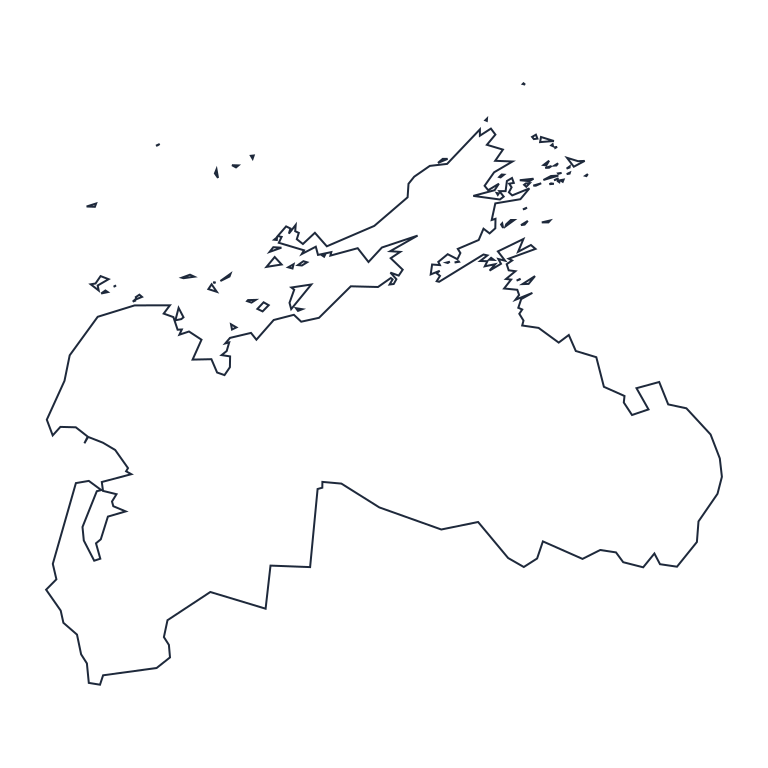 the district of Helgafellssveit, Vesturland, Iceland
{"feature_id": "244011B42475995928988", "entity_name": "Helgafellssveit", "entity_type": "district", "adm_level": 2, "iso_a3": "ISL", "parent_name": "Iceland", "parent_adm1": "Vesturland", "projection": "orthographic", "projection_center": [-22.792, 64.982], "detail": "fine", "context": "isolated", "style": "outline", "palette": "slate", "viewbox_px": 768, "rotation_deg": 0, "n_neighbors": 0, "source": "geoboundaries", "source_scale": "gbopen_adm2", "svg_char_len": 6149}
<svg xmlns="http://www.w3.org/2000/svg" viewBox="0 0 768 768"><path d="M84.4,443.3L88.1,436.9L102.9,442.7L115.2,450.0L128.0,468.1L126.1,471.3L131.3,474.2L101.8,482.0L103.0,490.9L116.5,494.2L112.0,501.5L113.3,506.2L125.7,511.4L107.9,516.6L100.8,539.3L96.0,543.3L100.3,558.7L94.2,560.7L83.8,540.5L82.5,527.0L96.8,491.2L101.3,490.1L88.8,480.9L75.9,483.1L52.8,563.9L56.4,579.3L46.1,589.7L60.7,610.6L63.4,622.8L77.0,634.6L81.1,654.3L86.9,663.4L88.8,682.9L100.0,684.7L103.1,675.3L156.6,668.0L170.0,657.4L168.9,644.9L163.9,637.1L167.5,620.2L210.3,592.0L265.6,608.7L270.5,565.6L310.1,567.1L317.6,489.0L322.3,487.7L322.4,481.9L341.4,483.6L379.3,507.4L441.3,529.5L478.1,522.0L508.1,558.0L523.8,567.0L537.1,558.5L542.9,541.4L582.5,558.9L600.2,550.0L616.0,552.4L623.2,562.2L643.2,567.3L654.4,553.5L660.0,564.2L677.0,566.7L696.9,542.0L698.5,521.4L717.5,493.8L721.9,476.8L719.8,458.4L710.6,434.5L686.4,408.3L668.2,404.4L659.2,382.0L636.5,388.2L648.5,409.4L632.0,415.0L623.8,402.5L624.5,396.0L603.9,386.8L596.3,357.2L575.8,351.0L568.8,335.0L558.7,342.6L538.6,327.9L522.2,325.5L523.5,320.6L519.3,313.8L522.2,309.5L518.3,307.8L521.2,299.1L532.4,292.9L515.4,299.8L519.1,295.0L517.3,289.8L504.1,288.5L511.1,279.6L506.0,279.0L515.4,271.2L508.7,270.3L506.7,264.2L512.1,260.5L508.7,258.7L535.5,248.9L530.9,245.0L518.1,251.8L523.4,239.0L497.9,251.4L505.1,260.7L498.3,259.0L501.0,263.8L489.6,270.6L495.2,264.2L484.8,266.3L487.4,261.2L480.2,261.0L487.4,255.4L483.5,254.5L439.1,281.8L436.7,281.2L440.0,275.9L436.6,273.2L439.7,270.8L430.7,274.4L432.1,264.5L439.9,265.1L438.3,261.9L447.7,254.2L457.4,259.2L460.4,253.0L457.8,248.9L478.7,240.0L483.5,228.7L489.6,233.4L495.3,228.3L495.5,218.8L491.7,220.0L495.3,203.4L520.4,199.2L529.4,188.4L512.2,195.4L508.9,192.3L511.6,187.3L509.2,183.7L513.8,182.9L512.0,178.0L506.9,181.0L505.6,191.1L499.3,191.1L503.7,196.6L499.9,199.5L473.3,195.9L494.6,190.2L498.9,183.7L488.2,190.2L484.6,185.8L494.1,172.3L512.5,161.5L495.2,160.8L502.9,149.6L486.9,144.8L495.4,134.6L490.9,128.6L479.9,135.7L479.9,129.4L447.1,163.9L429.8,165.9L414.2,176.7L408.5,183.8L407.6,197.3L374.3,225.9L326.8,246.3L314.9,232.8L302.9,244.0L296.8,239.2L298.8,232.9L295.2,231.2L295.7,224.9L288.9,233.6L290.4,228.5L286.1,226.4L277.7,236.1L281.6,236.9L278.8,242.8L304.0,250.3L301.8,254.0L315.8,246.7L318.0,254.9L331.3,252.1L330.4,255.6L357.7,248.2L368.5,262.0L381.9,247.5L417.6,235.6L390.2,251.2L400.2,251.9L390.7,258.2L402.7,269.7L398.7,275.6L390.4,272.6L396.4,279.2L393.7,284.0L389.6,284.5L392.6,279.4L390.8,278.0L378.0,287.0L350.8,286.3L319.0,317.8L301.2,321.7L293.9,314.8L273.7,320.0L256.4,339.7L251.0,332.9L230.0,337.9L225.3,343.4L229.2,342.4L226.7,351.0L221.6,355.1L230.1,356.4L229.9,367.2L224.5,375.1L217.1,372.5L211.4,359.2L192.6,359.6L201.5,339.7L189.0,331.5L179.4,334.7L181.8,329.5L177.6,329.7L173.4,317.1L163.7,313.6L169.9,305.3L134.6,305.4L97.7,316.8L69.7,355.3L64.5,380.8L46.8,419.7L52.7,435.4L60.4,426.9L75.8,427.3L87.7,436.6L84.4,443.3ZM311.3,284.5L291.4,287.5L294.2,289.7L289.5,302.8L291.2,309.1L311.3,284.5ZM100.6,276.1L95.5,283.5L90.7,284.3L98.7,290.5L97.7,285.5L108.6,279.2L100.6,276.1ZM281.6,264.5L274.7,257.0L266.5,266.9L281.6,264.5ZM553.9,141.0L541.0,137.0L540.1,142.1L553.9,141.0ZM567.0,157.8L573.8,166.7L584.7,160.9L578.1,161.2L567.0,157.8ZM183.5,317.3L178.6,307.9L175.4,320.3L181.3,319.1L183.5,317.3ZM551.0,176.0L543.4,180.0L558.4,175.6L551.0,176.0ZM268.7,305.2L263.6,302.3L257.4,308.9L262.6,311.4L268.7,305.2ZM528.6,283.9L535.0,276.1L522.5,284.1L528.6,283.9ZM281.4,247.7L273.3,247.2L269.6,251.9L281.4,247.7ZM533.5,178.7L519.8,180.2L529.5,181.2L533.5,178.7ZM232.0,329.5L236.4,327.4L231.0,324.3L232.0,329.5ZM220.4,281.0L229.5,276.5L230.5,273.8L220.4,281.0ZM216.8,291.8L211.6,284.3L208.4,289.1L216.8,291.8ZM537.4,138.6L535.9,134.7L532.1,136.9L533.9,139.1L537.4,138.6ZM194.3,276.7L190.0,274.7L181.8,277.7L183.5,278.2L194.3,276.7ZM94.9,206.8L96.1,203.5L86.6,206.5L94.9,206.8ZM447.6,158.9L442.7,158.9L438.0,162.9L447.6,158.9ZM307.1,262.3L303.4,261.2L297.9,265.1L301.9,265.5L307.1,262.3ZM514.3,220.0L510.8,220.0L506.2,224.3L505.5,226.4L514.3,220.0ZM524.6,224.6L527.8,220.9L521.0,225.1L524.6,224.6ZM214.9,173.4L218.0,177.9L216.5,169.4L214.9,173.4ZM255.7,299.9L248.0,300.1L247.1,301.1L251.5,302.6L255.7,299.9ZM292.5,268.5L293.6,264.2L288.2,267.3L292.5,268.5ZM107.8,292.1L105.4,290.5L101.2,293.5L107.8,292.1ZM298.0,310.9L302.3,309.2L296.0,308.2L298.0,310.9ZM236.0,167.4L238.4,165.4L232.0,165.2L236.0,167.4ZM142.0,296.9L139.4,294.7L135.8,297.1L136.6,299.1L142.0,296.9ZM548.4,222.4L550.1,220.5L541.8,222.4L548.4,222.4ZM535.8,185.7L541.2,183.3L533.3,185.6L535.8,185.7ZM543.5,165.0L546.3,165.4L549.1,160.7L543.5,165.0ZM529.7,183.2L525.9,183.4L524.1,184.8L526.3,186.8L529.7,183.2ZM545.2,167.9L549.1,167.7L551.5,166.0L545.2,167.9ZM493.9,259.9L491.1,257.8L489.1,259.7L493.9,259.9ZM252.6,158.7L253.7,155.5L250.9,155.8L252.6,158.7ZM503.1,227.9L502.2,223.3L501.1,224.5L503.1,227.9ZM504.0,174.7L501.7,174.5L499.2,177.0L500.6,177.4L504.0,174.7ZM276.8,240.0L277.0,237.4L274.2,239.7L276.8,240.0ZM562.7,181.8L563.6,179.6L560.3,180.2L562.7,181.8ZM486.8,120.9L487.0,118.6L485.3,120.3L486.8,120.9ZM458.6,261.3L454.6,262.5L459.0,261.8L458.6,261.3ZM497.8,194.9L498.8,193.4L496.7,193.0L497.8,194.9ZM566.6,168.6L569.6,167.5L569.7,166.4L566.6,168.6ZM324.1,256.7L325.0,254.9L322.6,255.7L324.1,256.7ZM556.4,165.5L558.0,163.3L554.4,165.6L556.4,165.5ZM446.4,262.6L447.8,263.0L449.8,261.7L446.4,262.6ZM557.1,180.7L559.3,182.2L559.5,181.1L557.1,180.7ZM586.4,176.1L587.8,174.1L585.3,175.8L586.4,176.1ZM522.9,209.4L525.1,208.8L527.0,207.6L522.9,209.4ZM132.8,301.6L135.2,300.7L135.1,299.5L132.8,301.6ZM566.7,174.1L569.6,173.6L569.9,172.6L566.7,174.1ZM558.4,173.8L561.6,172.9L558.1,173.4L558.4,173.8ZM156.0,145.7L157.5,145.4L159.7,144.0L156.0,145.7ZM553.9,183.8L551.0,183.4L549.4,184.2L553.9,183.8ZM553.0,146.2L552.6,144.2L551.2,145.4L553.0,146.2ZM525.1,84.6L523.5,83.3L522.8,84.0L525.1,84.6ZM213.1,282.4L214.5,282.8L215.6,282.3L213.1,282.4ZM555.3,147.9L557.1,146.9L555.2,147.2L555.3,147.9ZM516.6,280.6L519.6,279.5L520.5,278.7L516.6,280.6ZM113.6,286.7L114.8,286.3L116.0,285.4L113.6,286.7ZM554.0,180.3L557.0,179.3L558.5,178.2L554.0,180.3Z" fill="none" stroke="#1e293b" stroke-width="2"/></svg>